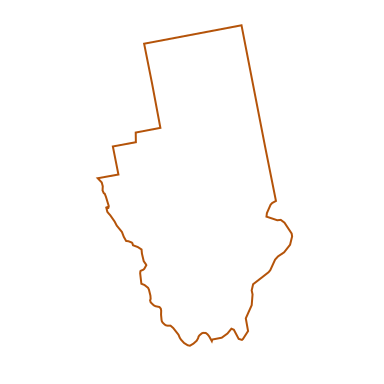 outline of Hancock, Mississippi, United States of America, rotated 349°
{"feature_id": "52423323B49198903326940", "entity_name": "Hancock", "entity_type": "district", "adm_level": 2, "iso_a3": "USA", "parent_name": "United States of America", "parent_adm1": "Mississippi", "projection": "equal_earth", "projection_center": [-89.556, 30.411], "detail": "fine", "context": "isolated", "style": "outline", "palette": "amber", "viewbox_px": 384, "rotation_deg": 349, "n_neighbors": 0, "source": "geoboundaries", "source_scale": "gbopen_adm2", "svg_char_len": 1567}
<svg xmlns="http://www.w3.org/2000/svg" viewBox="0 0 384 384"><g transform="rotate(349 192 192)"><path d="M102.1,160.5L105.2,165.4L105.5,169.3L104.5,173.4L105.2,176.4L106.0,177.0L106.6,180.3L107.6,190.0L106.8,191.7L106.3,191.7L105.8,190.7L104.9,190.9L105.1,195.3L106.1,197.2L107.3,199.2L110.4,206.2L111.7,210.6L115.6,217.9L116.5,223.0L118.0,227.5L120.2,228.2L123.2,230.1L123.7,230.9L123.9,233.0L128.3,235.7L131.5,238.8L131.1,242.9L131.4,250.7L133.0,254.3L133.2,255.1L130.5,258.3L129.3,259.0L126.5,259.6L126.2,260.0L125.6,261.9L124.8,272.4L127.6,274.2L130.6,277.7L131.1,279.7L131.4,285.8L131.0,289.1L130.7,289.4L130.2,290.4L130.4,292.5L132.8,295.9L134.3,297.1L138.1,298.7L139.1,300.5L139.1,302.6L138.2,306.6L137.7,311.7L137.7,312.9L138.2,314.5L139.9,316.9L140.8,317.8L142.3,318.5L145.4,319.1L147.6,321.9L151.5,329.5L152.2,332.8L153.0,334.8L155.4,338.7L158.5,341.6L160.6,342.5L164.5,341.1L168.2,338.9L170.1,336.7L170.9,335.1L172.0,334.1L174.7,332.6L176.0,332.4L178.6,333.0L180.1,334.7L181.3,337.0L183.0,342.2L183.8,340.7L193.4,340.7L199.8,337.7L204.6,333.7L206.8,335.2L209.8,345.1L212.8,346.7L213.9,346.1L220.5,339.2L220.7,326.3L229.0,314.5L231.9,304.1L231.8,300.0L234.4,294.2L251.8,285.4L253.9,283.7L260.7,274.2L264.2,271.6L270.9,268.8L278.2,262.5L281.8,254.7L281.9,251.8L276.9,239.7L273.8,236.3L270.3,236.0L266.3,233.7L260.4,230.4L261.5,227.0L266.7,219.5L268.6,218.1L272.7,216.8L272.4,160.2L272.4,100.8L272.4,37.8L173.3,37.3L173.5,78.2L173.2,123.0L148.1,122.9L146.4,132.4L123.0,132.2L123.1,160.8L102.1,160.5Z" fill="none" stroke="#b45309" stroke-width="2"/></g></svg>